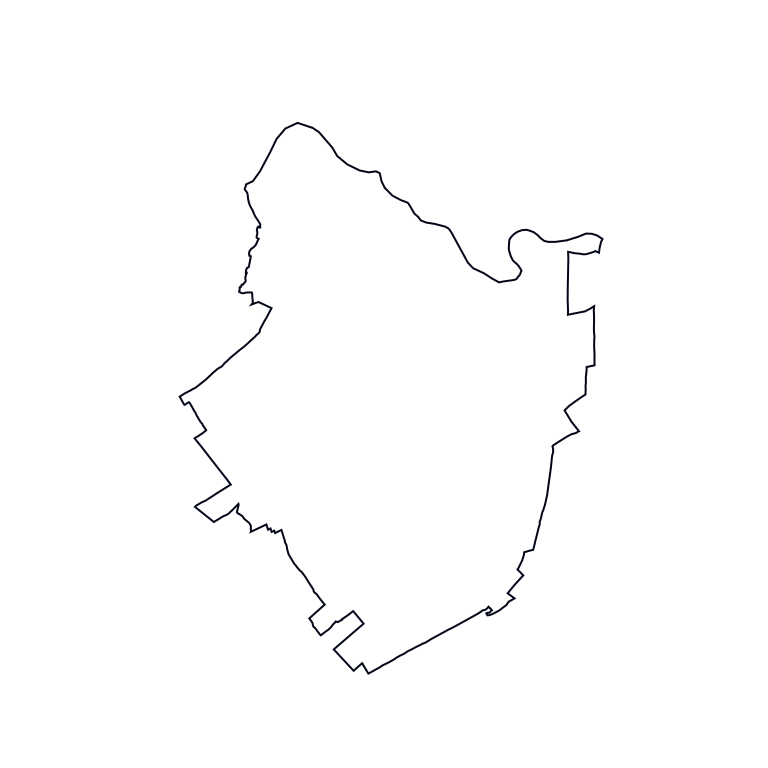 Bratovoesti, Dolj, Romania (Robinson projection), rotated 127°
{"feature_id": "2599482B58012097168459", "entity_name": "Bratovoesti", "entity_type": "district", "adm_level": 2, "iso_a3": "ROU", "parent_name": "Romania", "parent_adm1": "Dolj", "projection": "robinson", "projection_center": [23.927, 44.119], "detail": "fine", "context": "isolated", "style": "outline", "palette": "ink", "viewbox_px": 768, "rotation_deg": 127, "n_neighbors": 0, "source": "geoboundaries", "source_scale": "gbopen_adm2", "svg_char_len": 6166}
<svg xmlns="http://www.w3.org/2000/svg" viewBox="0 0 768 768"><g transform="rotate(127 384 384)"><path d="M307.6,614.3L308.8,613.8L309.9,613.2L311.6,612.9L312.3,612.5L313.4,609.0L313.8,608.0L315.0,606.7L317.8,604.1L320.6,600.9L322.5,597.8L324.3,593.7L327.5,588.1L329.5,582.4L330.9,578.9L332.5,578.0L333.3,577.1L333.9,577.2L333.9,578.3L334.0,579.2L334.5,579.2L335.4,579.1L336.2,578.8L337.9,578.0L338.5,577.0L340.4,575.5L342.1,574.9L343.7,573.9L343.8,573.4L343.8,572.3L343.5,571.5L344.7,571.3L350.1,570.1L351.7,570.2L353.7,570.6L355.8,571.3L356.8,571.4L359.1,571.3L360.9,570.4L362.0,569.4L362.6,568.7L362.1,568.1L362.1,567.3L362.5,567.0L371.9,562.4L372.3,562.4L372.9,562.8L373.1,563.1L373.4,563.2L374.2,563.1L375.2,563.0L377.2,562.1L378.3,561.4L377.7,560.7L378.2,560.2L379.0,560.4L380.0,559.8L381.0,559.5L382.3,558.9L383.8,557.7L384.7,556.7L385.3,556.3L386.6,556.3L387.7,556.5L389.3,556.4L389.8,557.1L390.3,557.4L390.9,557.4L391.5,556.8L392.4,556.7L393.2,557.1L393.4,557.4L394.1,557.3L394.8,556.5L396.0,555.8L396.9,555.7L397.5,555.2L397.6,554.7L397.3,553.8L397.1,552.5L396.4,551.1L394.9,549.9L393.3,548.4L391.6,546.2L391.0,545.5L390.5,544.5L391.7,543.2L393.3,541.9L398.0,537.6L400.2,537.6L394.1,533.7L391.1,519.5L401.3,517.8L406.0,517.3L414.4,516.0L415.7,515.5L416.5,515.0L417.4,514.7L418.9,514.6L420.7,515.1L422.2,515.4L423.6,515.4L424.8,515.6L427.9,516.3L433.7,517.3L438.2,518.2L444.0,519.8L451.1,521.4L455.4,522.5L460.4,523.2L462.6,523.8L467.6,524.1L472.0,526.0L474.6,526.6L479.0,527.5L484.1,528.3L485.2,528.6L486.2,528.6L488.7,529.2L500.5,532.3L501.8,532.9L502.4,533.3L503.1,533.7L504.8,534.3L511.7,537.6L515.7,539.0L517.0,539.6L519.8,533.4L520.8,530.8L520.7,530.7L520.1,530.4L516.8,529.3L516.0,528.9L515.9,528.5L515.9,528.2L516.9,525.7L519.9,518.9L520.2,518.4L520.2,517.9L520.4,517.3L520.7,516.7L521.1,516.2L522.0,514.4L522.6,512.7L523.6,510.6L524.9,507.2L525.1,505.6L525.2,505.0L525.6,504.6L526.0,503.9L527.7,498.5L527.9,498.2L528.7,498.3L532.2,499.2L537.1,500.9L539.9,502.1L541.4,502.6L544.1,491.6L551.4,464.7L553.4,457.0L554.0,454.9L554.4,453.1L556.6,445.8L560.6,447.4L569.1,450.7L584.2,456.2L589.0,458.7L592.8,460.2L594.3,460.9L595.9,461.0L596.6,436.8L586.2,432.7L583.9,431.3L581.5,430.2L577.0,429.4L567.4,428.1L567.8,427.6L568.9,426.9L574.2,424.7L575.0,424.2L575.2,423.3L575.3,422.1L575.0,421.3L574.9,420.5L574.8,417.5L575.1,416.4L575.5,415.5L575.8,414.2L576.0,410.7L576.1,408.6L576.3,407.4L577.5,404.9L578.2,404.3L579.8,403.3L581.0,401.9L581.3,401.7L582.2,401.4L567.0,393.4L570.1,388.9L567.7,387.7L569.7,384.7L567.2,383.4L568.5,381.2L562.3,378.1L563.4,376.5L568.5,369.4L570.0,367.8L570.4,367.1L570.7,366.2L571.0,365.5L571.5,364.8L574.7,361.3L576.2,359.3L577.0,358.3L577.5,357.5L579.1,353.5L580.5,350.2L581.8,346.8L581.8,346.0L582.8,342.6L583.6,339.1L583.7,336.6L584.4,334.1L584.9,332.2L585.4,330.8L590.3,317.8L590.4,317.0L590.8,316.5L591.9,315.4L592.4,313.7L592.3,312.5L592.5,310.9L593.8,306.8L595.9,298.6L608.4,301.1L613.3,302.0L616.2,302.6L617.1,299.5L617.6,298.1L617.9,297.3L619.9,294.9L620.3,294.2L620.3,292.2L621.6,288.2L622.0,286.3L622.2,285.9L622.5,284.9L622.7,283.2L616.4,281.5L613.5,280.5L609.5,279.9L607.6,280.0L605.6,279.9L603.9,279.6L602.8,279.7L602.1,277.7L597.4,275.6L597.1,276.0L593.7,274.8L589.0,273.3L583.9,272.0L587.7,256.0L597.5,258.2L626.2,264.4L631.3,235.6L629.6,235.3L625.7,234.6L621.0,233.6L620.1,233.3L620.8,231.8L624.7,222.2L612.6,216.8L609.6,215.8L603.1,212.5L597.8,210.2L594.6,209.2L590.7,207.4L586.8,205.4L584.8,204.8L582.9,204.1L579.3,202.2L574.9,200.2L571.8,198.6L568.2,196.9L566.3,195.7L565.6,195.4L565.3,195.0L564.7,194.7L563.8,194.7L562.3,193.9L559.7,193.0L542.3,185.1L537.0,182.5L533.0,180.6L510.7,170.7L505.0,168.7L503.5,167.3L503.0,167.0L501.7,166.8L500.8,166.5L499.0,166.5L499.4,163.1L499.9,161.6L500.9,162.1L502.6,162.0L503.5,162.4L504.4,163.6L505.5,164.3L506.5,162.2L506.2,161.8L504.7,160.3L501.8,158.6L495.6,155.7L490.8,154.4L486.9,153.2L484.8,153.4L482.8,153.4L476.7,150.7L476.7,159.3L465.8,158.8L456.9,158.0L453.0,157.6L451.8,165.8L450.7,165.8L449.2,166.0L441.1,167.6L439.6,168.3L438.1,168.7L436.2,169.5L435.7,169.7L434.6,170.5L433.9,170.8L432.4,169.5L429.7,167.6L426.8,165.1L426.1,165.3L423.1,166.5L417.4,169.1L415.5,169.8L406.4,173.7L404.5,174.5L402.7,175.0L401.8,175.6L401.0,176.2L400.3,176.8L399.1,177.0L396.5,178.0L391.4,180.3L390.1,180.7L389.0,180.7L388.2,181.2L383.7,182.7L374.7,186.8L350.5,200.3L345.0,203.6L341.9,205.5L340.0,206.6L338.2,207.3L336.9,207.7L333.6,210.3L332.4,212.0L331.2,211.9L325.8,210.0L315.3,206.0L310.9,203.8L308.0,201.5L307.4,201.1L305.4,200.4L304.4,199.8L301.3,211.6L296.4,223.9L290.2,223.0L284.8,221.4L276.7,218.8L271.1,216.8L267.2,219.5L264.6,221.6L261.4,223.6L256.7,227.2L255.5,227.8L253.2,229.2L250.2,231.1L248.5,232.4L242.4,227.1L237.2,231.1L233.9,233.5L227.4,238.9L222.8,242.2L221.6,243.2L220.6,243.6L219.2,244.7L216.1,247.6L212.1,250.7L208.1,253.5L203.0,257.4L198.5,261.1L195.4,263.0L196.1,263.3L197.2,263.8L199.0,264.3L203.6,266.5L204.6,266.9L205.1,267.2L206.7,268.7L218.0,278.8L215.1,280.8L206.5,287.8L196.5,295.2L172.7,312.4L167.7,316.5L166.6,314.5L165.8,312.5L164.8,310.4L162.0,305.9L160.7,303.2L158.9,300.9L155.7,298.4L152.0,295.8L150.6,295.2L150.5,294.2L150.2,293.3L149.8,291.3L145.4,293.8L140.0,296.1L136.7,296.8L137.1,303.1L138.9,308.3L142.3,313.2L149.7,317.6L159.4,324.6L167.4,332.7L171.7,338.5L173.3,342.1L173.3,346.7L172.6,351.0L172.7,355.8L173.9,360.0L175.1,363.0L177.9,366.2L181.6,368.7L184.1,369.8L187.1,370.6L191.0,370.9L193.4,370.7L198.5,367.4L201.4,365.3L203.2,363.1L205.6,359.7L207.6,355.8L208.1,352.8L208.2,350.1L208.8,347.2L210.0,344.1L210.9,342.3L212.9,341.9L214.1,341.4L215.3,341.3L218.0,341.4L220.4,341.4L221.9,342.2L224.0,344.1L227.3,347.4L230.3,350.4L233.6,353.3L234.8,361.7L235.4,370.8L237.9,382.4L236.6,390.1L222.7,420.7L221.4,424.2L221.0,426.2L221.5,429.9L225.7,440.0L229.6,447.3L231.2,452.9L230.0,457.1L229.6,462.4L227.0,468.4L225.1,473.3L225.0,474.4L226.9,480.9L228.5,490.4L226.9,501.4L223.6,508.0L218.2,514.2L219.0,518.4L224.1,523.5L228.1,531.9L230.7,545.4L230.1,558.6L226.3,567.6L222.0,587.4L222.4,595.0L227.5,610.2L239.3,616.5L252.8,617.3L268.0,614.3L289.0,611.0L301.0,610.8L307.6,614.3Z" fill="none" stroke="#020617" stroke-width="2"/></g></svg>